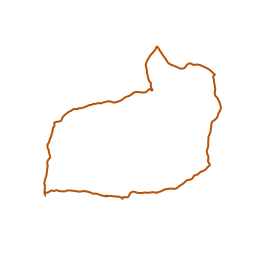 outline of Palmas Del Socorro, Santander, Colombia, rotated 165°
{"feature_id": "7082276B11851573676927", "entity_name": "Palmas Del Socorro", "entity_type": "district", "adm_level": 2, "iso_a3": "COL", "parent_name": "Colombia", "parent_adm1": "Santander", "projection": "orthographic", "projection_center": [-73.283, 6.386], "detail": "fine", "context": "isolated", "style": "outline", "palette": "amber", "viewbox_px": 256, "rotation_deg": 165, "n_neighbors": 0, "source": "geoboundaries", "source_scale": "gbopen_adm2", "svg_char_len": 5759}
<svg xmlns="http://www.w3.org/2000/svg" viewBox="0 0 256 256"><g transform="rotate(165 128 128)"><path d="M30.4,157.1L30.7,157.5L30.8,157.9L31.1,158.2L31.4,158.8L31.7,159.2L31.9,159.7L32.6,160.7L33.6,162.3L33.8,162.6L34.1,163.1L35.1,164.2L37.6,166.5L38.4,167.1L39.9,168.4L41.1,169.4L42.4,170.3L43.4,170.9L45.8,171.6L47.2,171.9L48.0,172.0L48.4,172.0L49.0,172.3L49.3,172.6L49.6,173.1L50.2,173.6L50.8,174.1L51.4,174.3L51.8,174.4L53.1,174.3L54.1,174.0L55.0,173.6L56.7,172.1L57.3,171.7L57.9,171.4L58.5,171.2L58.9,171.1L59.4,171.2L60.4,171.3L61.4,171.7L62.3,172.1L63.3,172.8L65.0,174.3L68.4,176.8L69.4,177.6L70.2,178.1L71.2,179.0L71.5,179.4L72.1,180.1L72.4,180.7L73.0,182.4L73.5,184.2L73.9,185.0L74.1,186.0L74.5,186.9L75.1,188.3L75.7,190.1L76.0,191.3L76.8,193.3L77.3,195.0L77.5,195.6L77.7,196.3L78.1,197.8L78.6,198.8L79.0,198.9L79.4,199.0L79.8,198.7L80.4,197.8L80.6,197.4L81.0,196.9L81.6,196.4L82.0,196.2L83.6,195.0L84.4,194.4L86.7,193.0L87.6,192.4L88.3,191.7L89.2,190.9L90.7,189.5L91.4,188.7L92.0,188.1L93.2,186.6L93.5,186.0L94.3,184.9L94.5,184.5L94.6,184.0L94.7,182.3L94.8,181.3L94.8,180.4L94.9,179.5L95.0,178.5L95.3,176.6L95.4,174.9L95.5,173.3L95.6,171.0L95.6,170.2L95.6,169.4L95.3,167.8L95.1,167.1L94.9,166.6L94.7,166.0L94.3,165.6L94.2,165.4L94.3,165.1L94.4,164.8L94.9,163.5L95.2,162.5L95.2,162.0L95.1,160.9L95.1,160.5L94.9,159.6L94.6,158.6L94.6,158.3L94.7,158.2L95.3,158.2L95.6,158.3L95.8,158.5L96.1,159.0L96.3,159.4L96.5,159.7L96.8,159.8L97.5,160.0L98.1,159.8L98.9,159.3L100.4,158.3L100.9,158.2L102.1,158.0L102.9,158.1L103.8,158.2L104.7,158.6L105.6,158.8L106.8,159.3L107.8,159.7L109.6,160.4L110.4,160.6L111.7,160.7L112.8,160.8L113.5,160.7L114.3,160.4L114.8,160.0L115.3,159.7L115.9,159.4L117.0,159.2L118.1,158.8L121.6,158.5L122.2,158.5L123.4,158.1L124.8,157.5L127.2,156.6L128.5,156.3L129.2,156.2L130.4,156.3L131.6,155.9L132.2,156.1L133.0,156.2L133.7,156.1L134.2,156.0L135.1,156.2L136.0,156.8L137.1,157.6L138.6,158.3L140.0,158.9L141.3,159.1L142.6,158.9L144.7,159.1L146.2,159.0L147.0,158.8L147.9,158.9L149.0,159.3L149.9,159.6L151.0,159.7L152.3,159.7L153.4,159.8L154.1,159.9L155.4,160.3L155.5,160.3L155.9,160.2L156.2,160.1L156.7,159.9L157.2,159.8L157.9,159.9L158.4,160.0L159.2,160.0L159.9,160.1L160.5,159.9L161.3,159.9L162.4,159.7L164.3,159.4L166.7,159.3L167.7,159.2L168.3,159.3L168.9,159.6L170.0,159.8L170.6,159.8L170.9,159.6L171.1,159.4L171.6,159.4L172.1,159.4L172.4,159.7L173.0,159.8L174.1,159.8L174.5,160.1L175.1,160.3L176.0,160.2L177.7,159.7L178.5,159.3L179.7,159.2L181.0,158.9L182.4,158.4L183.3,158.0L185.4,157.2L187.7,155.7L188.9,154.8L189.4,154.0L189.7,153.5L190.6,152.5L191.4,152.1L192.1,152.1L193.4,152.2L194.3,152.3L196.8,152.5L197.3,152.3L197.8,152.1L198.0,151.5L198.2,150.2L198.5,149.3L199.1,148.5L199.5,148.0L200.1,147.8L200.5,147.4L200.9,146.6L201.6,144.9L201.9,144.0L203.3,141.8L204.0,140.6L204.8,139.2L205.7,138.4L206.4,137.5L206.9,136.4L207.8,135.1L208.4,134.3L208.9,133.8L209.4,133.4L209.7,133.2L210.0,133.0L210.3,132.2L210.7,130.5L210.7,129.6L210.7,128.8L210.5,127.9L210.4,127.2L210.4,126.6L210.6,125.3L210.6,124.3L210.7,123.2L210.6,121.4L210.6,120.8L210.7,119.9L210.9,119.5L211.5,119.1L212.2,118.7L212.7,118.3L213.7,117.5L214.3,116.8L214.7,116.2L215.0,115.5L215.1,114.8L215.2,113.3L215.4,112.4L215.7,111.4L216.1,110.5L216.3,110.0L216.9,108.8L217.4,107.5L217.9,106.2L218.9,103.8L219.4,102.8L219.9,102.0L220.5,101.1L220.9,100.6L221.4,99.7L222.2,98.3L222.8,97.1L223.2,96.3L223.3,95.6L223.2,94.6L223.1,94.0L223.3,93.3L223.9,91.4L224.3,90.2L224.8,89.1L225.1,88.3L225.3,87.5L225.5,87.1L225.6,86.5L225.6,86.1L225.5,85.7L225.4,85.3L225.0,86.4L224.4,86.9L223.8,86.9L222.7,86.4L221.9,86.4L221.2,86.6L220.1,87.0L218.9,87.4L217.8,87.2L217.1,87.1L216.6,86.7L216.0,86.4L215.3,86.3L214.1,86.4L213.2,86.5L212.8,86.3L212.1,85.8L211.4,85.2L209.9,84.5L207.5,83.7L205.4,83.1L204.5,83.2L203.4,83.4L202.0,83.2L199.0,82.3L196.7,81.3L194.7,80.5L192.2,79.3L189.5,78.8L187.8,78.6L186.1,78.2L184.4,77.5L183.3,76.7L182.7,76.3L181.8,76.1L181.1,75.5L179.9,74.6L178.9,73.6L178.3,73.4L176.7,73.2L175.8,72.8L175.0,72.6L173.8,71.8L173.3,71.1L172.0,70.4L169.2,68.7L168.0,68.1L167.7,68.1L166.9,68.3L166.8,67.9L166.5,67.5L166.0,67.4L165.8,67.4L165.7,67.4L165.5,67.8L162.1,66.8L158.4,65.3L156.4,64.5L155.4,64.4L153.6,63.5L152.3,62.1L151.6,61.3L151.2,61.8L150.6,62.3L149.8,62.4L147.2,61.3L146.3,61.2L145.1,61.8L142.8,64.4L141.9,64.8L140.8,65.3L139.7,65.3L138.0,64.5L136.4,63.5L134.8,62.5L132.5,61.9L131.1,61.6L128.3,61.3L125.8,60.3L124.6,60.0L120.9,59.7L119.7,59.2L117.5,58.2L116.5,58.1L114.8,58.3L112.5,58.3L111.9,58.4L109.8,58.9L108.3,59.2L105.8,58.8L103.8,58.7L101.9,58.3L100.3,57.7L98.7,57.2L97.4,57.0L96.4,57.2L94.8,57.9L93.2,58.8L90.8,59.5L89.1,60.0L87.7,60.8L86.4,61.5L85.4,62.0L84.2,62.2L83.1,62.3L81.7,62.1L80.7,62.1L80.2,62.1L78.7,62.8L77.5,63.9L76.7,64.7L76.5,65.0L76.3,65.0L75.7,64.9L74.3,64.9L72.6,65.2L71.3,65.8L69.7,66.7L68.6,67.0L68.4,67.0L67.9,66.8L67.4,66.8L66.7,67.1L66.2,67.2L65.3,67.3L64.5,67.6L63.1,68.3L61.6,69.2L60.5,69.9L59.2,70.5L58.4,71.2L58.8,72.9L59.2,74.0L59.2,74.9L59.1,76.0L58.3,77.6L58.0,78.1L57.9,78.9L57.9,80.8L58.1,82.9L58.0,84.1L58.0,85.1L57.1,86.7L56.3,87.9L55.7,88.8L55.2,89.8L54.7,91.4L54.2,93.4L54.0,94.3L53.8,95.1L53.5,95.7L53.1,96.4L53.0,96.8L52.8,97.7L52.4,99.0L51.5,99.9L50.1,101.6L48.9,104.0L47.7,106.7L46.6,109.9L45.5,111.8L44.2,112.7L41.5,113.6L40.8,114.2L40.1,114.5L39.4,114.8L38.8,115.6L38.3,116.4L37.0,118.4L36.3,119.3L34.6,120.9L33.4,122.7L33.0,123.7L32.9,124.8L32.9,127.7L33.0,129.3L33.7,133.1L35.0,136.0L35.3,136.6L35.3,138.6L35.2,139.4L34.8,140.3L34.5,141.0L34.1,142.1L33.7,143.0L33.4,144.3L33.3,145.3L33.3,146.6L33.1,148.1L33.1,149.3L32.9,150.4L32.8,151.5L32.6,152.2L32.5,153.1L32.6,154.0L32.6,154.5L32.6,155.0L32.6,155.5L32.3,155.9L31.7,156.3L30.7,156.9L30.4,157.1Z" fill="none" stroke="#b45309" stroke-width="2"/></g></svg>